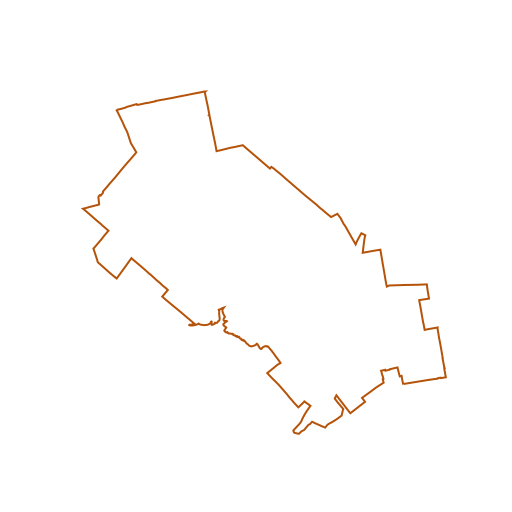 outline of Fratesti, Giurgiu, Romania, rotated 340°
{"feature_id": "2599482B51222543390169", "entity_name": "Fratesti", "entity_type": "district", "adm_level": 2, "iso_a3": "ROU", "parent_name": "Romania", "parent_adm1": "Giurgiu", "projection": "mercator", "projection_center": [25.914, 43.99], "detail": "fine", "context": "isolated", "style": "outline", "palette": "amber", "viewbox_px": 512, "rotation_deg": 340, "n_neighbors": 0, "source": "geoboundaries", "source_scale": "gbopen_adm2", "svg_char_len": 5975}
<svg xmlns="http://www.w3.org/2000/svg" viewBox="0 0 512 512"><g transform="rotate(340 256 256)"><path d="M372.4,306.7L372.7,305.3L375.0,292.6L367.0,291.1L357.4,289.5L359.2,285.9L362.5,279.4L364.3,276.1L365.8,273.9L362.8,270.7L360.1,272.9L355.5,277.1L353.6,279.2L352.5,272.9L350.1,258.6L350.0,257.9L349.3,255.9L349.0,253.2L348.6,251.4L348.6,250.9L348.8,250.5L346.9,244.2L343.8,244.6L340.9,245.0L339.7,245.0L339.5,244.8L339.5,244.4L336.9,240.1L334.2,235.3L332.8,233.1L330.4,228.5L323.2,216.4L316.3,204.1L310.8,194.3L307.0,187.3L304.8,183.7L302.6,179.9L301.6,178.5L300.9,177.5L299.0,178.6L282.7,149.6L281.5,147.4L272.0,146.1L269.5,145.6L260.8,144.7L254.8,144.0L256.2,135.7L257.5,126.6L260.2,108.8L260.3,108.3L260.2,108.2L259.8,107.6L260.5,107.3L260.8,105.3L262.0,98.1L262.5,94.1L263.9,84.4L264.7,84.1L263.8,83.8L237.4,79.7L231.9,78.9L221.8,77.2L220.5,76.9L215.8,76.2L214.6,75.9L214.2,76.2L205.7,75.0L205.5,74.8L205.3,74.7L201.0,74.2L197.1,73.6L196.0,73.4L195.9,73.2L195.9,72.7L195.7,72.4L190.8,72.1L185.6,71.7L184.5,71.9L183.7,71.9L178.3,71.5L177.7,71.4L176.7,71.1L176.1,71.2L176.1,71.3L174.9,71.5L175.2,73.2L176.4,84.5L176.7,89.7L177.4,95.7L177.0,107.0L177.3,108.9L177.5,109.6L179.0,117.6L176.9,118.9L168.7,123.5L167.3,124.2L160.6,128.0L150.7,133.9L143.5,137.8L139.6,140.1L134.5,142.9L134.1,143.3L133.9,143.7L133.8,144.3L133.7,144.4L131.5,145.6L130.9,146.1L130.6,146.1L130.3,145.4L130.1,145.3L129.5,145.6L128.4,146.3L128.1,146.6L127.8,147.6L126.3,153.7L126.2,153.9L124.9,153.9L122.4,153.6L118.0,153.2L116.4,153.0L111.9,152.7L109.6,152.4L110.4,153.7L111.8,156.1L116.6,164.8L117.3,166.2L118.2,167.7L119.0,169.2L121.3,173.1L122.1,174.9L123.2,176.7L126.0,181.8L120.8,184.7L117.2,187.0L112.8,189.5L106.5,193.1L105.8,193.3L105.4,205.8L105.2,207.0L105.3,207.8L105.8,209.0L106.8,210.6L112.1,220.5L116.2,227.7L116.3,227.6L117.4,229.5L122.9,225.8L128.4,222.1L138.2,215.4L139.0,217.0L142.8,223.6L148.0,232.9L149.5,235.9L150.6,237.5L152.2,240.6L154.4,244.9L156.4,248.3L158.3,252.1L160.6,255.9L161.5,257.8L154.0,262.1L156.3,266.3L160.5,273.5L166.3,283.3L175.0,298.6L171.9,298.5L171.0,298.2L170.0,297.8L169.7,297.9L169.6,298.1L169.7,298.3L170.6,298.8L171.5,299.2L172.2,299.5L173.0,299.7L176.7,300.2L178.7,300.0L179.0,299.9L179.5,300.7L179.9,301.1L180.7,301.7L181.6,302.1L182.3,302.6L183.8,303.3L187.0,304.1L187.9,304.0L189.7,303.8L190.1,303.6L191.1,302.5L191.4,302.3L191.7,302.3L191.8,302.4L191.9,302.5L190.9,304.8L190.8,305.3L190.9,305.6L191.8,305.7L194.2,305.5L194.4,305.4L194.5,304.8L194.6,304.7L195.8,305.3L196.5,305.4L196.9,305.3L198.0,304.5L199.4,304.0L199.9,303.6L200.7,301.7L201.1,299.7L201.7,297.4L202.5,295.5L202.6,295.0L202.5,293.9L202.6,293.7L202.8,293.7L203.6,293.9L205.2,293.7L205.9,293.5L208.1,293.5L206.9,294.3L206.3,294.8L206.0,295.2L205.8,295.9L205.5,297.2L205.5,299.1L205.6,300.3L205.9,301.9L205.9,302.7L205.8,302.8L204.7,303.4L204.2,303.9L203.8,304.6L203.6,305.3L203.7,305.7L204.0,306.1L205.1,306.7L206.1,307.0L206.3,307.1L206.4,307.3L206.2,307.4L204.5,307.8L203.0,308.4L202.1,308.9L201.8,309.2L201.8,309.7L202.0,310.4L202.4,311.2L203.6,313.0L202.7,313.7L200.7,315.2L200.7,315.4L200.9,315.6L200.9,315.9L201.1,316.1L201.2,316.3L201.3,317.1L201.7,317.2L201.9,317.6L202.1,317.8L202.5,317.9L202.9,317.7L203.1,317.7L203.2,317.9L203.2,318.6L203.5,318.9L203.6,319.3L203.8,319.5L204.7,319.7L204.9,319.9L205.2,320.0L205.4,320.2L205.8,320.4L206.2,320.7L207.2,321.0L207.8,321.6L207.5,322.0L207.8,322.3L207.9,322.8L208.2,322.9L209.3,323.6L209.3,324.1L209.5,324.3L209.9,324.4L209.9,324.9L210.0,325.0L210.4,324.7L210.5,324.7L210.8,324.7L211.0,325.2L211.1,325.9L211.3,326.1L211.6,326.3L212.2,326.1L212.4,326.1L212.5,326.4L212.7,327.7L212.9,328.1L213.5,328.4L213.6,328.6L213.7,329.1L213.6,329.6L213.7,329.8L215.3,331.3L215.3,330.8L215.4,330.6L215.5,330.7L215.8,331.0L216.1,331.7L216.6,332.7L216.9,334.0L217.3,335.0L218.2,336.3L218.8,337.7L219.3,338.4L220.8,339.4L222.0,339.5L223.8,339.6L225.1,339.5L225.7,339.3L226.4,338.9L226.6,338.7L226.9,338.9L227.1,339.2L227.4,340.3L227.6,341.2L228.0,343.6L228.4,344.6L228.7,345.0L228.9,345.1L229.2,345.2L229.8,345.0L230.1,344.6L230.8,344.2L232.0,344.0L232.9,343.9L233.5,344.0L234.6,344.0L234.8,344.2L235.4,344.9L235.7,345.0L236.1,344.9L236.3,345.1L236.4,345.3L237.3,347.9L238.5,351.0L238.6,351.8L238.9,352.4L240.2,357.1L241.2,360.3L242.0,362.9L242.0,363.5L242.5,364.5L242.4,365.0L241.0,365.2L238.7,365.6L235.2,366.9L226.5,369.9L229.7,377.2L231.7,381.3L233.4,385.1L237.7,396.2L239.1,400.5L240.9,405.0L241.4,406.5L244.0,412.7L251.1,409.6L251.4,409.4L251.7,409.2L255.9,415.4L250.5,419.2L247.1,421.9L243.7,425.0L242.1,426.8L241.6,427.2L239.5,428.6L231.4,432.7L231.3,433.0L231.4,433.7L231.3,434.5L231.7,435.3L232.5,435.9L235.1,437.5L235.6,437.7L235.8,437.7L237.8,436.7L239.1,436.2L239.8,436.1L240.9,436.1L242.0,435.8L247.1,432.8L247.9,432.6L249.6,432.3L250.3,431.8L252.0,431.0L252.5,431.4L253.4,432.4L254.5,433.5L258.7,437.5L259.0,437.8L259.1,438.1L259.7,438.5L262.3,440.9L264.8,439.4L265.9,438.9L268.2,438.4L270.2,438.2L274.6,437.3L277.8,436.5L278.9,436.1L280.4,435.7L281.6,435.3L282.1,434.9L284.9,430.6L285.4,429.9L285.7,429.7L282.9,422.1L281.2,416.9L283.9,414.4L290.7,435.6L290.9,436.0L291.9,435.7L308.6,430.3L307.1,425.6L317.2,422.7L324.1,420.6L332.6,418.7L332.9,415.2L333.7,415.1L334.0,412.3L334.0,411.9L333.9,411.7L334.1,409.2L334.3,406.6L338.5,407.1L338.4,408.1L343.0,408.5L343.1,408.2L350.8,409.1L349.9,418.3L351.8,418.4L351.1,422.2L350.5,426.1L350.9,426.1L351.4,426.7L351.8,426.9L377.1,431.7L377.1,431.8L378.4,432.0L384.9,433.4L385.1,433.3L385.3,433.0L387.9,433.5L388.0,434.0L392.9,434.9L394.2,427.3L394.8,424.7L394.9,424.8L394.9,424.6L396.4,415.6L396.6,415.6L397.5,410.5L398.2,406.7L399.4,399.7L400.0,395.6L400.7,392.1L401.7,386.7L401.9,385.8L402.2,385.3L391.4,383.4L389.2,383.1L390.2,377.3L390.3,375.8L393.2,359.6L394.0,354.5L394.3,353.3L404.0,355.2L405.7,346.0L406.8,341.1L396.8,337.9L386.4,334.3L371.2,329.3L370.2,329.3L368.5,329.5L368.6,328.4L369.2,324.5L372.1,308.6L372.4,306.7Z" fill="none" stroke="#b45309" stroke-width="2"/></g></svg>